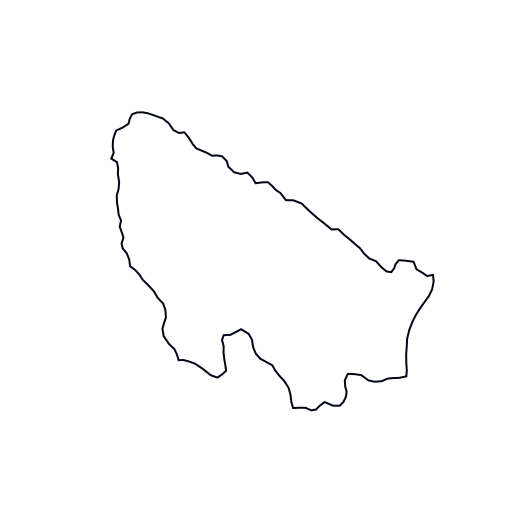 the district of Sobrália, Minas Gerais, Brazil, rotated 141°
{"feature_id": "56859067B26696548146708", "entity_name": "Sobrália", "entity_type": "district", "adm_level": 2, "iso_a3": "BRA", "parent_name": "Brazil", "parent_adm1": "Minas Gerais", "projection": "robinson", "projection_center": [-42.144, -19.225], "detail": "fine", "context": "isolated", "style": "outline", "palette": "ink", "viewbox_px": 512, "rotation_deg": 141, "n_neighbors": 0, "source": "geoboundaries", "source_scale": "gbopen_adm2", "svg_char_len": 2172}
<svg xmlns="http://www.w3.org/2000/svg" viewBox="0 0 512 512"><g transform="rotate(141 256 256)"><path d="M315.6,187.0L317.6,180.4L317.3,173.3L314.8,167.4L312.1,160.9L313.1,154.9L313.2,148.1L312.7,140.7L313.7,132.8L316.5,126.5L320.3,120.5L322.8,114.5L317.6,110.6L313.1,106.9L310.2,101.3L306.0,98.9L301.0,99.5L294.6,99.3L290.4,91.3L285.2,87.0L280.0,87.5L274.6,90.1L271.0,93.5L268.7,98.6L265.2,103.5L258.8,106.6L253.6,102.0L249.2,97.3L246.9,88.6L243.0,83.7L237.1,79.6L231.4,78.1L227.3,75.6L221.3,71.1L214.9,67.9L210.7,72.3L206.0,79.0L200.8,85.5L195.9,90.7L190.5,96.7L183.5,102.0L178.2,105.1L173.7,107.5L168.4,109.7L161.8,112.0L154.7,114.0L147.0,116.0L139.9,119.4L133.9,124.5L130.3,129.9L135.7,132.8L137.1,137.9L139.6,144.6L137.2,152.4L142.8,158.3L147.6,162.8L152.4,161.9L156.4,159.5L161.0,158.3L164.3,161.9L165.6,168.6L166.0,176.4L169.5,182.7L170.5,189.8L170.3,196.7L171.4,202.3L172.5,208.8L174.1,216.3L175.2,225.0L180.6,229.1L182.3,237.6L184.5,247.1L186.2,257.2L187.5,268.0L192.0,275.9L197.6,280.5L197.4,289.3L199.1,295.2L199.4,300.9L200.4,306.0L205.0,309.4L210.5,312.8L209.5,319.3L210.2,326.2L216.2,329.4L220.3,334.7L221.3,342.9L219.0,348.1L219.6,354.8L223.1,358.8L227.0,361.5L229.4,367.4L232.2,372.6L234.7,377.3L234.7,382.7L233.8,390.2L233.8,397.2L238.4,400.0L240.9,405.8L240.3,413.7L241.8,421.4L246.5,429.0L250.0,434.7L253.7,439.0L258.1,442.4L263.0,444.1L267.7,442.1L271.9,439.0L278.6,439.7L285.7,441.5L290.4,438.8L294.3,435.9L298.4,431.3L301.8,425.6L307.2,422.8L305.0,416.5L307.7,411.2L311.8,406.6L315.9,399.5L320.8,394.4L326.2,390.6L330.4,385.0L333.5,379.6L336.8,374.4L338.5,368.6L343.5,364.5L345.4,358.8L347.4,353.7L352.6,350.3L354.8,345.8L354.8,339.2L356.8,332.9L360.3,327.3L358.7,321.1L358.3,314.9L359.0,308.9L358.1,301.2L357.6,292.6L358.7,285.6L358.1,277.6L360.2,271.4L364.7,264.9L369.6,261.8L374.5,258.3L378.1,252.0L379.0,242.4L378.0,235.0L379.5,229.0L381.7,223.7L378.0,221.0L374.3,216.0L371.1,210.6L368.4,201.8L366.2,191.8L362.5,185.8L356.8,185.3L351.6,185.6L348.9,189.8L345.7,195.6L341.9,201.5L338.0,206.1L335.3,212.1L330.9,214.8L325.5,210.8L318.3,209.4L313.7,208.5L310.7,200.1L311.8,193.5L315.6,187.0Z" fill="none" stroke="#020617" stroke-width="2"/></g></svg>